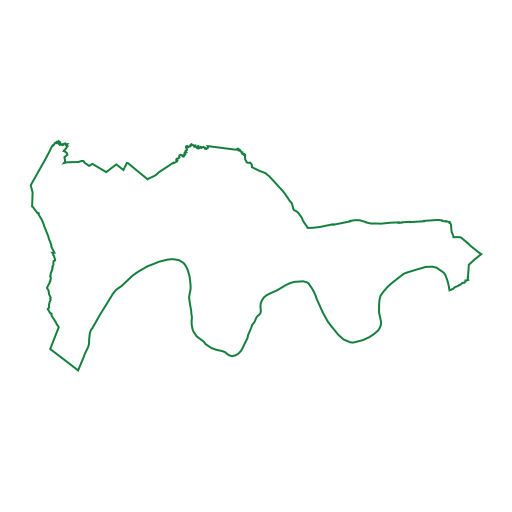 Naujenes pag., Daugavpils, Latvia (orthographic projection)
{"feature_id": "27541924B441018999347", "entity_name": "Naujenes pag.", "entity_type": "district", "adm_level": 2, "iso_a3": "LVA", "parent_name": "Latvia", "parent_adm1": "Daugavpils", "projection": "orthographic", "projection_center": [26.722, 55.924], "detail": "fine", "context": "isolated", "style": "outline", "palette": "green", "viewbox_px": 512, "rotation_deg": 0, "n_neighbors": 0, "source": "geoboundaries", "source_scale": "gbopen_adm2", "svg_char_len": 5926}
<svg xmlns="http://www.w3.org/2000/svg" viewBox="0 0 512 512"><path d="M229.0,355.2L232.0,356.2L235.5,355.4L238.5,353.5L241.0,350.9L242.4,348.4L247.4,338.2L248.2,334.8L251.1,328.1L252.1,325.0L254.4,322.1L256.5,317.4L257.4,316.2L259.3,314.7L260.3,313.3L260.8,311.7L260.8,310.0L260.4,306.2L260.8,303.2L262.0,300.2L264.1,297.2L266.5,295.3L269.7,293.6L277.0,290.4L285.6,285.2L289.7,283.3L294.0,281.9L303.1,281.3L306.2,282.1L308.4,283.2L312.2,288.8L314.0,292.0L315.5,295.5L316.8,299.2L323.0,312.9L327.5,321.1L330.1,324.7L338.4,334.9L343.5,339.4L350.2,342.3L353.1,342.6L362.7,340.2L369.0,337.3L374.1,334.0L377.9,330.7L379.2,329.0L380.4,326.3L380.9,324.9L381.0,321.8L379.0,312.0L379.1,304.4L379.5,300.0L380.0,297.7L380.7,295.4L383.5,291.6L387.2,287.3L390.4,284.3L393.4,281.8L403.3,274.1L405.1,273.2L410.5,271.4L425.8,266.9L432.3,266.7L436.2,267.6L437.0,268.0L443.6,272.6L444.8,274.0L445.9,276.4L447.2,280.0L448.3,283.7L449.5,290.3L451.5,289.6L452.1,289.1L452.7,289.1L455.0,287.1L458.0,286.0L458.4,285.5L459.3,285.0L460.3,284.8L462.5,282.9L464.4,282.7L464.6,282.1L465.6,281.5L465.7,281.1L465.5,280.5L468.3,280.0L467.6,277.9L468.0,277.3L468.1,276.8L468.0,276.2L468.9,264.7L474.7,259.4L481.3,254.1L478.8,252.5L469.7,245.2L469.2,244.4L461.0,237.5L458.8,237.1L453.4,237.2L453.3,235.8L451.6,231.8L451.2,227.8L451.0,224.8L450.4,223.3L449.5,223.0L449.7,222.1L446.0,221.2L446.0,221.5L443.2,221.1L442.0,220.8L442.0,220.4L438.4,219.9L435.3,220.1L423.9,220.9L423.9,221.3L409.6,222.1L409.6,221.8L402.1,222.3L402.1,222.6L398.9,222.9L399.0,222.4L390.6,222.7L380.5,223.7L377.7,223.5L370.7,223.5L365.7,222.3L365.7,222.0L359.3,220.2L354.7,220.2L350.1,220.9L350.2,221.4L334.6,224.5L333.0,224.8L332.9,224.3L319.8,227.0L313.0,227.8L307.5,227.9L307.1,226.7L303.7,222.0L302.8,220.3L302.0,218.1L298.8,213.5L297.6,212.2L295.9,211.0L293.8,209.9L293.1,208.2L292.1,204.2L291.4,202.6L289.7,200.9L285.4,194.4L283.1,191.4L269.2,176.2L267.4,174.9L265.5,173.1L259.3,170.8L252.0,167.2L251.7,164.6L251.3,163.9L250.5,163.3L250.3,162.7L247.8,162.8L246.5,162.1L246.3,161.1L245.2,159.5L245.0,156.9L245.2,155.0L244.6,154.4L244.3,154.6L244.2,154.4L244.3,154.0L244.0,153.8L243.6,153.9L243.3,154.5L243.0,154.2L243.2,153.9L243.1,153.7L242.3,153.8L241.9,153.0L242.1,152.4L241.5,152.4L241.2,151.5L240.7,151.4L240.1,150.9L240.1,150.7L239.9,150.5L240.0,150.3L239.9,150.0L239.2,150.1L238.8,149.7L238.6,150.3L238.4,150.2L238.5,149.9L238.2,150.0L238.2,149.3L237.9,148.7L235.9,149.7L208.3,146.2L208.6,146.5L207.7,147.1L207.8,147.8L207.6,148.3L206.6,148.4L206.3,148.9L205.0,148.7L204.9,147.7L204.3,147.7L203.5,146.9L203.3,146.9L201.4,147.9L201.2,147.7L201.1,147.1L200.4,146.9L199.8,147.9L199.1,148.3L198.3,148.4L197.9,148.0L198.4,146.8L198.3,146.1L197.8,146.2L197.0,147.9L196.2,147.1L195.5,146.8L195.4,145.4L195.2,145.4L194.6,146.5L194.3,146.7L193.9,145.5L192.9,145.1L191.5,145.2L191.7,144.4L191.5,144.2L190.3,145.3L190.5,146.1L190.0,146.5L188.6,146.6L188.2,147.2L187.9,147.1L187.2,146.0L186.5,146.1L186.1,146.6L186.0,147.3L186.3,148.1L187.1,149.7L187.0,150.0L185.7,150.8L185.9,151.1L185.7,151.7L186.1,152.2L185.1,152.2L184.8,152.4L184.5,153.1L184.6,153.5L185.2,154.0L185.4,154.2L185.3,154.5L184.2,154.4L184.0,154.9L184.1,155.7L183.7,156.6L183.3,156.6L183.1,155.7L182.6,155.5L182.2,155.9L181.6,155.2L181.1,154.9L180.6,154.8L179.4,155.5L179.1,156.6L179.4,157.1L179.5,157.4L178.3,158.5L176.8,158.7L176.3,159.4L176.3,160.3L177.3,160.6L176.7,161.7L173.7,163.2L173.4,163.2L173.2,162.8L158.8,172.3L156.4,174.6L154.6,175.8L147.8,179.0L147.6,179.3L127.9,163.1L126.9,162.9L123.4,170.0L116.3,164.4L106.2,172.1L92.4,163.9L89.1,165.9L86.3,163.9L85.7,163.7L84.6,162.7L83.9,161.4L82.9,160.9L81.5,161.0L78.3,162.0L67.0,162.3L64.0,163.0L65.1,161.7L64.8,159.0L64.4,157.2L67.4,154.8L66.8,153.0L65.1,151.6L63.7,151.0L66.4,148.0L66.6,147.3L67.6,146.3L67.3,145.7L66.4,145.4L67.4,144.1L65.7,144.1L65.5,143.7L65.4,143.5L64.4,143.6L63.7,144.5L62.9,144.1L62.4,144.4L62.5,144.7L63.0,144.8L63.0,145.0L62.6,145.2L61.9,144.4L60.9,144.0L60.8,144.3L60.5,144.0L60.1,144.7L59.7,144.9L59.2,144.1L59.2,143.8L58.6,143.7L58.6,143.4L58.8,143.2L59.0,143.5L59.6,143.1L59.8,143.3L60.2,143.2L60.2,142.3L59.6,141.9L59.7,142.2L59.4,142.4L58.5,141.7L58.0,141.6L57.7,142.3L57.4,142.3L56.9,142.8L56.8,142.7L56.9,142.2L56.6,142.0L56.4,142.5L56.5,142.9L56.3,143.1L55.3,142.8L54.6,143.3L54.6,143.8L53.6,145.2L53.2,145.5L52.6,145.3L51.1,148.0L49.0,152.4L45.0,159.9L30.7,185.3L32.6,192.4L32.1,206.5L32.8,206.9L35.7,210.8L37.5,213.0L38.5,213.0L38.8,213.3L38.5,213.8L38.5,214.3L41.9,219.9L43.6,224.1L44.1,225.9L48.4,236.6L48.8,238.5L51.4,245.2L51.3,246.7L54.4,252.7L52.3,252.8L53.1,254.1L53.3,255.1L54.0,256.0L55.2,260.1L54.7,260.8L53.7,261.0L53.3,262.8L53.5,264.6L52.9,266.0L52.5,266.3L52.4,266.7L52.7,267.6L52.3,268.0L52.5,269.0L52.1,269.6L52.1,270.3L51.4,271.5L51.3,272.2L50.9,272.9L51.0,273.1L50.9,273.5L50.5,274.4L50.4,275.1L50.5,275.7L50.2,276.4L50.6,276.9L50.6,277.7L50.9,278.3L50.4,279.9L50.5,280.4L50.2,281.4L49.8,281.6L49.7,282.8L48.9,284.0L47.0,287.8L47.0,288.0L48.1,289.7L48.7,291.2L49.0,294.1L50.4,296.9L50.7,297.9L50.2,298.5L50.6,299.9L49.7,301.9L49.2,303.6L49.0,305.0L49.1,306.9L49.0,307.6L47.7,309.1L49.1,311.2L49.9,312.7L50.0,312.6L51.7,314.0L51.4,314.8L51.7,315.9L53.9,319.2L56.0,322.6L56.8,324.4L58.4,326.5L58.7,327.3L50.2,349.0L78.1,370.4L83.7,357.1L84.9,353.7L87.8,347.8L88.8,345.0L89.1,342.3L89.1,339.6L89.9,333.0L90.9,330.1L92.4,328.1L99.9,314.9L102.6,310.4L105.2,306.4L112.7,294.1L115.1,291.0L117.2,289.0L121.6,286.0L132.5,275.7L136.2,273.0L139.1,271.1L147.4,266.4L159.4,261.6L167.2,259.7L171.4,259.2L173.7,259.3L178.8,260.1L183.6,263.0L185.3,265.2L186.9,268.1L187.9,270.6L189.5,276.1L190.0,279.4L190.6,285.9L190.6,289.0L189.3,295.7L189.1,297.7L189.5,301.0L191.2,311.1L191.4,313.8L191.9,317.1L191.6,322.1L191.7,324.7L192.5,329.0L193.4,331.5L196.6,336.3L203.8,341.7L205.4,344.0L207.9,345.7L211.5,348.1L215.7,349.6L222.2,351.1L225.2,352.2L227.1,354.0L229.0,355.2Z" fill="none" stroke="#15803d" stroke-width="2"/></svg>